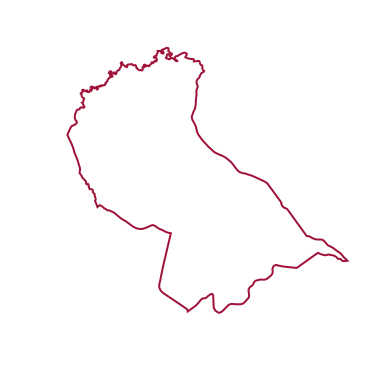 the district of Dambae, Kâmpóng Cham, Cambodia, rotated 324°
{"feature_id": "14789045B62933038539463", "entity_name": "Dambae", "entity_type": "district", "adm_level": 2, "iso_a3": "KHM", "parent_name": "Cambodia", "parent_adm1": "Kâmpóng Cham", "projection": "orthographic", "projection_center": [105.919, 12.024], "detail": "fine", "context": "isolated", "style": "outline", "palette": "rose", "viewbox_px": 384, "rotation_deg": 324, "n_neighbors": 0, "source": "geoboundaries", "source_scale": "gbopen_adm2", "svg_char_len": 5868}
<svg xmlns="http://www.w3.org/2000/svg" viewBox="0 0 384 384"><g transform="rotate(324 192 192)"><path d="M147.4,57.9L146.2,58.5L143.2,60.3L140.9,62.8L140.0,65.4L140.1,67.5L139.3,68.4L137.6,68.8L133.4,68.0L131.8,68.5L125.9,71.8L124.7,72.6L122.7,83.0L121.6,87.0L120.0,91.3L118.3,98.4L115.3,107.0L114.6,108.0L112.3,110.5L112.1,111.2L112.3,113.6L111.9,114.8L111.8,116.3L112.3,119.4L112.4,120.8L111.8,122.2L111.3,122.9L111.3,123.7L112.6,124.2L112.5,125.4L111.9,126.0L112.0,126.8L111.3,127.5L110.9,129.6L111.7,130.1L112.5,131.0L112.9,131.8L112.5,133.0L111.7,133.6L111.9,135.1L111.8,136.1L112.0,136.6L111.2,137.4L110.1,140.8L109.2,141.8L108.4,142.1L106.7,148.6L109.3,148.4L110.3,149.3L111.2,152.2L111.4,153.8L112.1,154.8L112.7,157.0L114.3,158.3L115.4,160.5L116.0,161.2L117.0,163.5L117.3,165.1L119.2,172.1L119.8,173.7L121.1,176.3L123.8,184.9L124.7,186.9L125.8,188.9L127.9,191.0L128.9,191.9L130.6,192.9L135.0,194.2L139.8,195.2L140.7,195.6L142.1,197.5L143.2,201.0L144.2,203.1L145.7,205.4L147.1,208.5L148.8,210.9L150.6,213.0L124.0,235.9L114.6,244.6L111.0,247.7L109.5,249.9L109.1,251.2L108.8,252.9L108.9,255.1L109.3,256.8L115.7,274.2L119.0,283.6L118.9,285.4L118.4,286.1L127.6,286.2L130.0,285.9L136.0,284.4L137.5,284.3L138.5,284.6L139.8,285.5L140.8,285.9L144.1,285.6L146.4,285.6L147.6,285.8L148.6,286.7L148.3,288.2L141.5,298.5L141.2,301.8L142.3,304.8L143.1,305.8L145.3,306.3L147.8,306.1L155.3,304.9L157.3,305.3L158.7,306.1L160.1,307.5L165.3,311.4L167.4,312.2L169.8,312.1L175.9,310.8L177.6,309.0L179.5,305.4L180.7,303.9L183.0,303.0L184.6,303.1L186.2,302.9L187.2,302.6L188.8,301.6L190.9,301.1L193.1,301.8L196.3,303.3L198.7,305.3L200.5,306.1L202.3,306.3L204.1,306.2L206.9,306.0L208.3,305.6L209.8,304.7L210.7,303.6L211.4,302.0L213.3,300.4L214.8,299.9L216.7,300.2L217.6,301.0L218.8,302.5L222.6,306.5L232.1,315.0L258.1,315.2L259.3,317.5L262.0,321.0L263.3,321.9L265.6,322.7L269.2,326.6L270.4,328.9L271.0,332.1L272.8,333.4L272.9,334.9L273.3,336.4L274.9,337.6L277.3,338.9L276.8,335.5L276.4,333.8L276.3,330.3L275.7,327.8L274.5,324.3L273.2,319.9L270.6,314.9L270.2,310.5L269.9,308.7L269.4,307.3L268.3,306.2L265.1,303.8L263.9,302.6L262.3,300.1L261.2,297.5L260.4,296.3L259.2,295.5L258.9,295.0L259.0,261.8L258.0,259.7L257.3,258.9L256.9,257.2L256.9,255.7L257.3,254.0L258.1,253.0L258.0,229.0L256.2,224.9L251.7,216.8L249.5,213.2L247.3,210.4L246.1,208.5L244.2,206.7L242.9,204.9L242.0,203.2L241.6,201.2L241.4,198.1L241.3,191.6L240.6,188.2L239.6,184.6L238.5,181.9L234.3,174.6L233.4,172.6L231.9,164.9L230.9,156.6L230.8,153.2L230.9,148.6L231.4,146.6L233.1,142.5L233.6,140.9L234.3,138.1L234.7,133.9L235.3,132.3L236.1,130.9L240.1,128.1L243.7,126.1L246.3,123.5L249.1,120.0L252.2,116.7L253.3,115.3L254.2,113.8L255.2,112.6L256.7,111.4L258.7,110.1L259.9,106.3L261.0,104.9L262.8,104.0L265.0,103.8L265.8,103.4L266.8,102.5L269.7,101.3L271.9,101.6L272.4,101.5L273.0,101.2L272.7,100.5L272.7,99.5L272.9,98.3L274.6,95.9L274.6,95.4L273.8,94.4L273.8,93.6L274.9,90.3L274.4,89.8L270.2,87.5L270.6,86.7L271.3,86.1L271.3,85.4L270.5,84.6L269.6,84.0L267.3,81.6L265.8,79.2L266.0,78.8L266.9,78.4L268.1,78.1L268.8,77.5L269.1,76.8L268.7,76.0L268.2,75.2L267.7,74.8L266.1,74.1L263.4,73.7L259.7,73.4L259.1,72.8L258.1,72.7L257.5,72.8L256.5,73.5L256.5,74.9L257.2,77.0L257.1,77.4L256.3,77.1L255.9,76.4L255.9,75.1L255.4,73.9L255.0,72.5L254.3,71.6L253.7,71.2L252.7,71.4L251.7,71.4L251.3,70.8L250.9,70.0L249.8,68.9L249.9,67.9L251.0,67.6L252.3,66.4L252.9,66.1L253.6,66.4L254.1,66.8L254.1,68.1L253.8,69.1L254.1,69.4L254.5,69.4L255.6,69.0L256.2,69.0L256.9,68.7L257.1,68.2L256.0,66.7L256.0,64.7L255.7,64.0L257.3,62.3L257.4,61.8L256.2,60.4L253.3,60.0L252.3,59.7L251.4,59.3L251.0,59.4L250.9,60.2L251.2,61.8L250.7,62.9L250.0,63.0L249.6,62.7L249.0,61.8L249.0,61.2L249.4,60.6L249.2,59.4L248.3,58.5L247.1,57.7L246.7,58.8L246.2,59.2L244.4,59.7L243.6,60.8L242.2,60.3L240.7,60.4L240.2,60.7L240.4,61.2L241.0,61.4L241.7,61.9L241.8,62.4L241.6,62.9L241.6,64.0L241.3,64.4L239.9,65.3L239.5,65.2L239.0,64.0L236.8,64.8L236.1,64.7L236.0,63.6L235.7,63.4L235.1,63.9L234.4,64.3L233.1,64.3L231.8,65.0L231.4,65.0L230.8,64.7L230.4,63.6L229.3,63.5L229.1,63.0L229.1,61.8L228.6,61.2L227.9,60.9L227.5,61.1L227.6,62.5L227.3,63.0L226.7,63.0L225.7,62.0L225.1,62.3L224.5,63.5L224.0,64.1L223.3,64.3L222.8,64.2L221.9,63.0L221.2,62.7L220.6,61.9L220.2,60.3L220.4,59.6L220.1,59.5L220.0,58.9L220.9,56.9L220.8,56.4L220.5,55.8L219.0,55.2L218.4,53.0L216.6,52.2L215.5,51.4L214.6,51.2L214.0,51.2L213.3,52.5L212.8,52.7L212.3,52.3L211.9,51.6L211.8,50.6L211.0,48.5L210.9,47.7L211.4,46.8L211.6,46.0L211.2,45.6L210.2,45.8L209.9,46.1L209.7,47.3L209.3,48.1L208.5,48.7L206.1,49.6L205.2,50.4L204.4,50.5L203.6,50.1L202.8,50.1L202.1,50.4L201.5,50.9L200.0,51.8L199.5,51.9L199.3,51.4L200.0,50.7L200.0,50.2L199.0,49.4L198.5,50.0L198.0,50.0L196.6,49.3L196.3,48.8L197.3,47.9L197.3,46.8L196.8,46.8L195.9,47.5L195.3,47.0L195.4,46.5L194.6,47.0L195.3,48.4L194.8,48.7L194.3,49.7L195.0,49.7L195.0,50.3L195.5,50.6L195.7,51.7L195.0,51.8L194.5,51.4L191.4,51.0L190.1,51.7L189.4,51.8L188.7,52.6L187.8,52.6L186.1,53.0L186.1,53.5L184.5,53.8L184.2,54.2L183.8,53.8L183.2,53.8L182.3,53.3L182.0,52.7L181.4,52.9L180.2,52.1L180.2,52.8L179.2,52.3L178.9,51.9L178.1,52.0L177.0,50.9L176.6,51.1L176.9,52.0L176.5,52.8L176.5,53.3L175.5,53.3L175.4,50.7L175.0,50.3L174.0,50.8L173.4,49.6L173.7,48.9L172.8,47.7L172.4,47.5L171.8,47.7L171.4,48.0L171.5,48.6L172.3,49.4L172.0,49.8L171.4,50.1L170.9,49.9L170.2,50.8L169.4,49.6L167.7,50.8L167.4,50.7L166.2,49.6L166.3,49.1L166.8,48.4L166.6,47.9L165.6,48.0L164.9,47.8L164.6,46.9L164.7,46.4L164.0,45.2L163.2,45.1L162.8,45.4L162.7,46.2L162.2,46.9L161.2,46.9L160.6,46.7L160.0,46.7L159.7,47.1L160.0,48.2L159.2,49.4L158.9,50.8L159.7,52.6L159.5,53.3L158.1,53.9L157.0,55.2L156.5,55.3L155.5,55.1L155.5,57.1L155.3,57.4L155.1,59.3L154.9,60.0L154.2,60.2L153.6,59.9L153.2,59.2L152.5,59.0L151.9,58.3L151.0,58.2L149.8,58.8L148.9,58.8L147.4,57.9Z" fill="none" stroke="#9f1239" stroke-width="2"/></g></svg>